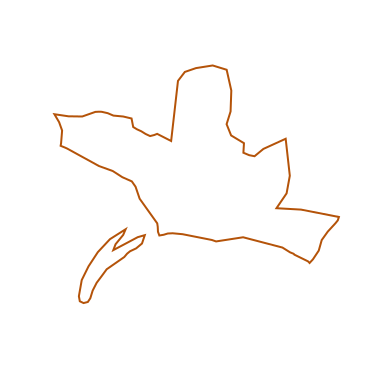 Mannārama, Robinson projection, rotated 280°
{"feature_id": "LKA-2457", "entity_name": "Mannārama", "entity_type": "District", "adm_level": 1, "iso_a3": "LKA", "parent_name": "Sri Lanka", "parent_adm1": "", "projection": "robinson", "projection_center": [80.02, 8.88], "detail": "fine", "context": "isolated", "style": "outline", "palette": "amber", "viewbox_px": 384, "rotation_deg": 280, "n_neighbors": 0, "source": "natural_earth", "source_scale": "10m", "svg_char_len": 1399}
<svg xmlns="http://www.w3.org/2000/svg" viewBox="0 0 384 384"><g transform="rotate(280 192 192)"><path d="M142.5,320.1L143.8,318.4L144.4,316.4L148.1,303.6L148.6,303.1L148.8,302.8L149.6,299.1L153.0,290.7L156.3,250.2L147.5,224.3L148.2,219.9L148.8,190.4L148.8,190.0L148.0,180.1L146.9,175.3L145.0,171.6L143.5,167.4L146.9,165.4L151.8,164.3L155.1,163.2L176.3,141.6L187.4,135.5L192.0,130.9L194.5,120.8L198.9,110.3L201.4,95.9L213.1,61.5L213.6,59.6L214.7,54.6L217.3,54.6L230.0,53.4L237.7,49.0L244.7,43.0L245.1,57.2L247.3,70.8L254.1,82.9L254.8,85.9L255.3,89.0L255.0,95.3L253.6,101.3L254.4,111.1L253.9,119.7L245.8,122.8L244.2,126.9L243.0,131.5L241.1,136.2L239.8,141.0L241.5,144.8L243.2,147.6L238.6,162.6L299.0,158.9L309.0,164.1L314.7,174.4L320.2,190.4L318.4,204.9L298.7,213.1L278.0,216.0L264.8,214.3L254.5,220.7L249.1,234.7L239.6,235.8L238.2,241.9L238.1,247.4L246.8,254.8L260.7,275.0L225.0,285.5L207.1,285.4L190.7,278.0L193.6,302.4L192.9,341.0L189.4,340.5L186.3,338.8L176.6,332.6L167.2,328.1L156.3,327.0L146.7,322.8L142.5,320.1ZM69.7,110.3L65.6,108.5L63.8,104.5L64.9,100.5L69.7,98.7L86.1,98.7L93.3,100.8L100.8,103.0L116.4,109.7L131.3,119.4L143.8,133.1L137.8,131.7L127.3,125.8L121.1,124.6L130.6,136.8L138.1,146.4L141.3,153.0L132.6,151.7L126.8,146.8L122.9,141.3L120.0,138.8L116.2,136.6L101.1,121.4L93.6,117.7L86.1,113.9L80.6,112.2L77.7,111.3L69.7,110.3Z" fill="none" stroke="#b45309" stroke-width="2"/></g></svg>